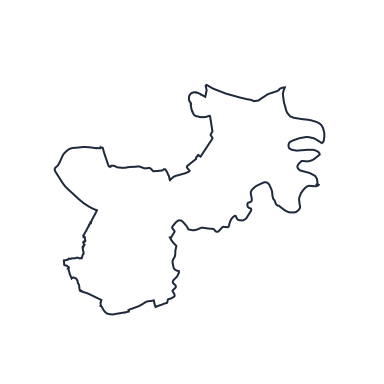 the district of Crisan, Tulcea, Romania, rotated 250°
{"feature_id": "2599482B40183957556605", "entity_name": "Crisan", "entity_type": "district", "adm_level": 2, "iso_a3": "ROU", "parent_name": "Romania", "parent_adm1": "Tulcea", "projection": "orthographic", "projection_center": [29.376, 45.1], "detail": "fine", "context": "isolated", "style": "outline", "palette": "slate", "viewbox_px": 384, "rotation_deg": 250, "n_neighbors": 0, "source": "geoboundaries", "source_scale": "gbopen_adm2", "svg_char_len": 5984}
<svg xmlns="http://www.w3.org/2000/svg" viewBox="0 0 384 384"><g transform="rotate(250 192 192)"><path d="M122.2,152.6L123.3,150.8L124.8,149.5L126.4,148.9L127.5,148.9L131.4,149.4L133.6,150.0L135.3,151.5L137.2,153.8L139.5,155.1L142.2,156.1L146.4,158.7L146.9,158.8L151.1,156.9L154.4,156.0L156.8,155.7L156.4,156.9L157.9,158.5L160.3,161.7L160.8,162.1L161.5,162.2L164.4,161.2L165.3,161.1L165.7,161.3L166.9,162.8L169.2,166.9L169.8,168.8L169.8,170.2L168.8,172.1L168.1,172.6L166.6,173.4L162.2,175.1L160.8,175.5L158.5,175.7L157.9,176.1L155.7,179.8L155.3,181.3L155.0,183.5L155.2,188.3L154.9,189.6L152.1,194.8L150.4,198.6L149.8,199.6L148.7,200.2L147.2,200.6L146.3,201.4L145.8,202.7L146.0,203.5L148.6,208.7L148.7,209.3L146.9,213.0L146.7,213.7L146.9,214.6L150.5,217.2L152.5,218.9L153.7,220.6L154.5,222.1L154.9,223.9L154.8,224.6L154.4,224.9L151.8,225.1L150.8,225.4L150.0,225.9L149.4,226.7L148.2,229.2L147.9,230.3L148.1,232.2L148.9,234.3L154.1,240.9L155.1,241.7L156.3,241.7L157.4,240.3L159.0,239.3L161.3,239.7L162.0,240.1L162.6,240.7L162.7,241.8L162.6,243.2L162.8,244.2L163.2,245.0L164.2,245.5L165.9,246.0L170.6,246.7L171.8,247.3L172.8,248.1L173.6,249.2L174.6,251.2L175.5,253.8L175.9,256.2L176.2,259.5L176.4,262.0L176.3,263.8L175.6,265.2L174.9,265.9L174.4,266.3L172.5,267.1L167.8,267.5L165.1,267.4L160.8,266.3L157.8,266.0L155.9,266.7L151.6,266.8L149.9,267.9L149.7,268.5L149.1,269.1L143.2,272.8L140.7,275.1L139.4,276.8L137.7,281.5L137.6,282.7L138.1,284.7L138.5,285.8L139.6,287.5L140.5,288.2L141.7,288.7L144.1,289.0L147.8,289.9L149.8,290.7L153.6,293.9L156.0,297.5L157.2,299.9L157.8,301.6L157.9,303.9L155.7,308.7L155.0,310.6L155.0,312.9L155.4,313.5L156.7,312.0L157.0,312.7L157.8,313.1L161.3,313.8L163.4,313.6L164.9,313.2L166.3,312.1L169.7,309.0L175.3,300.9L177.8,299.6L179.5,299.6L180.7,300.3L182.1,302.0L183.7,305.7L181.4,310.6L180.9,312.8L180.8,315.5L181.2,318.2L183.4,324.7L184.4,325.0L186.5,324.4L188.4,322.7L190.1,320.5L192.1,315.2L195.1,304.4L197.5,300.3L199.6,298.4L201.6,298.3L202.6,298.5L204.0,299.3L205.4,300.7L205.7,302.6L205.9,305.0L205.8,311.6L204.5,318.6L203.2,321.2L200.4,325.4L193.5,330.8L194.2,332.5L195.7,333.7L199.0,335.4L202.3,336.5L207.3,337.0L209.9,336.6L211.0,336.3L213.2,334.9L215.3,332.9L218.5,328.6L220.4,325.4L223.0,320.0L227.2,312.6L229.6,310.1L234.0,308.5L236.0,308.4L245.0,309.1L253.2,310.9L256.5,313.1L258.5,315.0L258.9,313.7L259.1,311.6L259.0,309.8L258.0,308.2L257.7,306.5L258.0,297.0L255.8,287.5L255.2,285.9L256.3,281.0L257.8,279.7L259.7,276.8L260.0,276.0L264.5,269.2L272.8,257.6L282.1,247.0L287.6,242.4L287.4,241.3L282.5,240.5L276.9,237.0L279.9,234.4L280.4,233.7L281.2,233.5L282.2,232.2L283.1,231.6L283.7,230.4L283.9,230.4L284.3,230.0L284.2,229.3L284.8,228.8L285.2,226.9L285.0,226.6L285.1,225.0L283.9,223.0L283.1,222.1L281.3,221.2L279.8,220.7L278.2,220.7L277.2,220.9L276.8,221.2L275.8,221.1L275.6,221.3L274.8,221.1L273.6,220.3L273.0,220.4L270.0,219.8L268.0,219.9L267.7,219.7L267.3,220.0L266.7,219.8L265.4,220.1L264.1,220.1L263.3,220.5L261.6,222.1L261.1,223.3L260.3,224.2L259.2,226.0L259.0,227.0L258.3,228.5L257.8,230.8L257.6,234.7L257.1,234.9L242.3,232.0L241.8,231.8L239.7,229.3L239.2,229.0L235.8,229.7L235.3,229.6L222.3,212.1L224.7,210.5L224.7,210.3L224.4,209.8L223.8,209.6L223.1,207.7L221.7,207.1L218.0,196.2L217.0,195.6L216.5,195.7L212.7,197.0L212.1,195.6L211.9,192.2L212.7,182.3L212.6,180.1L211.7,177.5L210.6,175.3L210.8,175.2L214.7,175.8L216.2,175.5L219.3,175.4L222.4,174.7L223.0,173.5L223.0,173.1L222.6,172.4L222.5,170.8L224.6,163.0L225.2,162.4L227.2,161.7L228.7,160.8L229.2,160.2L230.1,156.4L230.7,155.2L234.2,150.9L235.5,146.0L236.3,143.8L237.4,139.5L237.4,138.4L238.3,135.3L240.7,130.3L241.4,129.5L242.9,128.3L244.0,126.2L244.2,125.6L243.8,124.6L244.1,124.2L243.6,123.6L244.8,122.6L245.9,122.5L258.5,122.8L264.0,123.2L264.6,122.7L264.9,121.5L264.7,121.2L265.1,121.1L264.7,120.8L264.8,120.0L265.6,118.1L265.9,117.9L265.8,117.2L268.8,111.5L271.3,106.0L273.0,99.0L274.2,95.0L274.4,92.9L274.2,90.7L273.8,89.2L272.2,85.4L271.2,83.8L270.5,83.0L265.9,78.5L263.5,75.9L262.6,74.6L261.5,71.8L260.9,71.1L259.7,70.5L257.9,70.6L245.5,73.3L240.9,74.6L235.9,77.0L223.6,83.4L218.5,86.4L214.0,89.8L210.9,92.5L209.1,94.3L207.4,96.4L205.6,94.7L200.2,88.6L199.4,87.8L199.1,87.7L199.0,87.4L198.6,87.1L198.2,87.0L197.8,86.5L198.0,86.1L197.2,86.1L197.3,85.6L197.1,85.2L196.9,85.6L196.9,85.0L195.7,83.4L195.2,83.3L194.1,81.6L193.6,81.4L192.7,80.2L191.6,79.3L191.4,78.8L188.3,75.2L188.3,74.9L187.6,74.8L187.9,75.2L186.9,74.8L186.5,75.2L186.6,75.4L186.3,75.6L186.2,75.8L183.6,75.1L183.1,75.2L182.8,74.8L182.1,74.7L182.1,74.4L182.5,73.8L182.5,73.3L181.9,72.5L181.3,72.7L180.3,72.5L179.4,72.9L179.4,72.6L178.9,72.6L179.1,72.5L178.9,72.3L178.8,72.0L178.0,71.6L178.0,71.1L177.7,70.9L177.8,70.5L177.4,70.3L177.1,70.5L177.3,70.6L177.1,70.7L176.9,70.6L176.7,70.1L174.1,69.5L173.1,69.7L171.5,69.1L170.7,68.7L170.7,68.1L167.5,65.7L167.4,65.6L167.9,64.9L168.0,63.7L169.6,61.8L169.8,59.0L170.8,56.4L170.6,55.1L171.5,53.6L171.0,53.0L171.0,52.3L171.2,51.8L170.9,51.4L171.5,48.2L167.2,47.0L166.8,47.2L165.8,48.9L165.2,49.4L164.5,49.4L163.9,50.4L162.6,50.3L162.2,49.3L162.0,49.5L156.5,49.1L152.1,49.3L151.9,49.3L152.3,50.2L152.4,51.0L151.7,52.1L150.3,53.5L148.7,53.9L147.5,54.0L145.3,53.6L144.4,53.9L143.0,54.0L138.9,53.0L138.3,53.1L137.4,53.9L137.3,53.5L137.1,53.7L136.9,53.5L132.3,59.4L121.5,69.9L119.1,68.1L116.7,67.6L116.3,67.0L115.0,68.0L112.1,68.3L108.9,69.3L107.2,70.3L106.2,71.5L104.9,73.6L103.9,76.0L103.5,79.0L102.5,83.9L102.4,84.8L102.0,87.0L101.6,87.5L101.8,87.8L101.3,91.8L102.9,92.0L102.9,102.9L103.4,106.2L104.5,111.3L104.3,113.5L103.5,116.8L103.3,119.0L101.0,118.8L100.7,118.6L97.7,118.4L97.5,118.7L96.4,118.5L96.6,122.0L96.4,124.9L96.6,127.0L96.4,130.7L99.3,132.7L99.4,133.5L99.1,135.4L99.3,137.1L99.8,139.4L100.3,140.2L102.1,140.5L105.6,139.8L106.5,140.8L107.0,142.3L107.9,144.0L108.5,144.4L109.2,144.6L110.1,144.5L111.7,143.6L113.1,143.0L114.1,143.2L114.9,143.7L115.5,144.4L117.5,148.6L118.2,149.7L120.8,152.2L122.2,152.6Z" fill="none" stroke="#1e293b" stroke-width="2"/></g></svg>